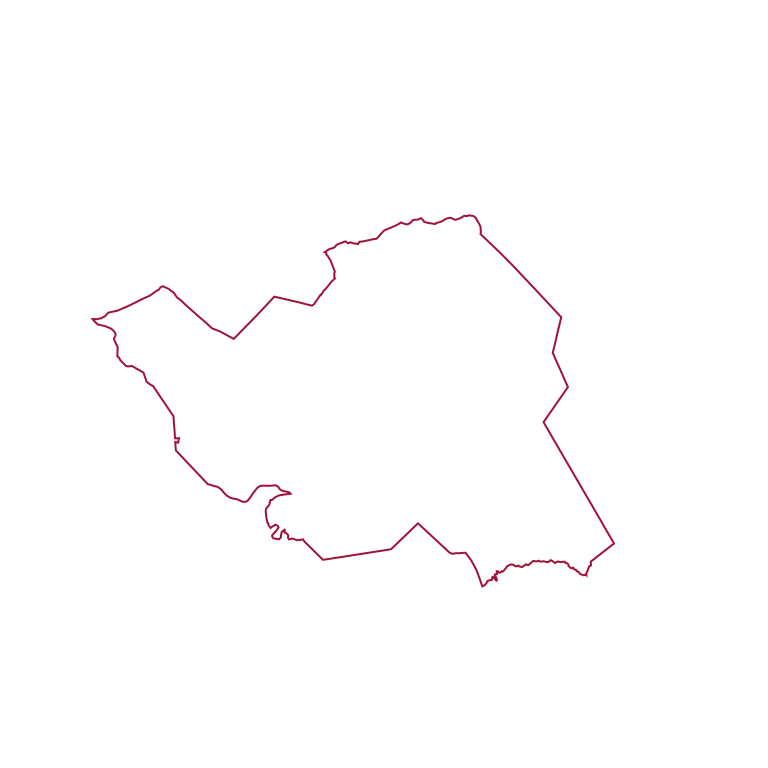 Aporo, Michoacán, Mexico, rotated 33°
{"feature_id": "50627088B9670136162302", "entity_name": "Aporo", "entity_type": "district", "adm_level": 2, "iso_a3": "MEX", "parent_name": "Mexico", "parent_adm1": "Michoacán", "projection": "mercator", "projection_center": [-100.39, 19.665], "detail": "fine", "context": "isolated", "style": "outline", "palette": "rose", "viewbox_px": 768, "rotation_deg": 33, "n_neighbors": 0, "source": "geoboundaries", "source_scale": "gbopen_adm2", "svg_char_len": 5853}
<svg xmlns="http://www.w3.org/2000/svg" viewBox="0 0 768 768"><g transform="rotate(33 384 384)"><path d="M576.7,500.2L577.5,498.8L577.6,498.6L578.3,496.5L578.3,496.1L578.4,494.9L577.9,493.6L578.5,492.2L579.4,491.2L580.0,490.7L580.7,490.1L581.0,489.5L581.2,489.2L580.8,488.3L580.3,487.6L580.1,487.4L580.2,486.6L580.4,486.4L580.6,486.3L580.8,486.3L581.9,486.7L583.3,487.1L584.7,487.6L585.3,487.7L585.4,487.1L585.1,486.5L585.0,486.3L583.8,485.4L583.3,485.1L583.2,485.1L581.8,484.4L581.0,483.9L580.6,483.4L581.0,483.0L581.6,482.6L581.9,482.4L582.3,481.9L582.2,481.4L582.2,481.2L581.7,480.7L580.9,480.2L580.6,479.9L580.5,479.7L580.8,479.3L581.8,479.1L582.8,479.4L583.1,479.3L583.7,479.3L584.1,478.9L584.3,478.8L584.4,478.1L584.7,477.1L585.3,477.1L585.5,476.9L585.7,476.7L585.8,476.0L586.3,474.4L586.4,473.4L586.7,469.5L588.6,466.3L590.3,465.4L590.8,465.2L592.4,465.3L593.3,465.3L594.8,464.6L594.9,464.4L595.4,463.1L597.5,463.2L597.9,463.0L598.8,462.6L599.8,461.8L599.9,461.7L601.1,458.3L601.3,457.8L603.2,457.7L603.4,457.6L603.7,457.3L605.4,451.7L605.5,451.1L606.7,450.5L607.0,450.5L607.1,450.4L607.6,450.2L608.0,450.1L608.8,449.4L609.6,448.4L609.8,448.2L610.1,447.9L610.8,447.9L612.0,447.8L612.2,447.6L612.8,447.2L613.4,446.6L613.6,446.3L614.4,445.8L614.7,445.7L615.3,445.5L616.1,445.3L616.9,444.9L617.4,444.7L618.3,444.2L618.9,443.5L619.3,442.6L619.4,442.0L619.4,441.8L619.5,441.2L619.8,441.0L619.9,440.9L621.4,440.8L622.2,440.8L623.6,440.9L624.8,441.0L626.0,438.7L626.2,438.4L626.6,438.2L627.4,437.8L627.5,437.8L629.1,437.2L629.5,436.9L630.8,435.8L631.9,434.9L632.2,434.6L632.3,434.6L632.6,434.7L632.8,434.9L633.3,435.2L634.2,435.0L635.1,434.6L635.9,434.6L636.2,434.7L636.7,434.9L637.8,435.8L637.9,436.1L641.2,436.7L641.5,436.4L642.7,434.9L643.9,435.8L644.9,435.6L646.4,435.3L647.6,436.1L648.1,436.0L649.1,435.6L652.3,436.5L655.1,435.8L655.4,435.8L656.0,435.2L656.6,434.6L656.8,433.9L657.0,433.9L657.8,434.1L657.0,432.9L656.9,432.5L655.4,425.2L656.4,423.3L654.1,420.5L663.2,394.1L663.8,392.5L646.2,383.6L642.4,381.6L627.1,373.9L623.6,372.1L593.3,356.8L556.5,338.2L555.3,337.6L538.6,329.1L539.9,286.4L537.8,285.0L532.5,281.6L530.9,280.5L530.4,280.2L530.1,280.0L524.0,276.0L508.6,266.0L507.2,262.2L506.9,261.1L502.9,250.1L500.0,242.2L499.8,241.4L496.2,231.4L494.8,231.1L474.7,226.1L446.5,219.1L445.4,218.9L430.0,215.1L410.4,210.8L383.3,205.7L382.4,203.6L381.2,202.1L379.1,199.4L376.3,197.7L372.2,195.7L371.3,195.0L369.3,194.5L368.1,194.4L366.7,194.7L365.9,195.2L364.9,195.6L363.8,195.9L362.6,197.3L361.9,198.2L361.1,198.5L359.7,199.2L357.6,203.5L354.5,207.5L349.5,208.3L347.9,209.6L346.2,211.4L343.5,216.7L341.6,219.0L340.1,220.6L339.9,221.9L337.2,223.1L332.5,225.2L329.3,226.1L327.7,225.4L324.8,224.7L323.0,227.5L319.0,230.6L318.9,232.2L318.1,235.0L316.8,237.4L315.6,237.9L314.3,238.4L312.2,238.9L310.3,239.2L310.2,239.4L309.4,241.3L307.7,244.5L304.3,249.6L300.6,255.0L300.2,256.5L299.6,260.2L298.8,266.0L294.9,269.6L293.6,271.0L287.8,276.7L286.0,278.0L286.0,280.7L284.0,281.5L282.0,282.7L278.7,283.4L277.2,285.6L274.3,285.3L274.1,285.3L273.7,285.7L272.2,287.7L268.8,292.5L268.4,293.5L268.1,296.3L267.8,296.8L266.3,298.9L265.3,299.8L264.8,300.3L262.5,305.6L263.1,305.4L263.7,305.3L264.2,305.4L264.9,306.8L266.8,307.2L272.1,309.6L278.1,314.0L281.7,316.7L281.9,317.8L282.2,318.7L282.8,319.2L283.7,320.7L284.1,321.6L285.4,322.2L284.1,327.4L283.8,331.5L283.1,337.0L282.6,338.5L282.7,342.3L282.6,343.7L282.2,343.7L281.8,355.5L281.1,356.9L280.8,357.6L280.4,357.7L279.9,357.9L272.2,360.5L265.6,362.8L244.4,370.5L243.8,374.2L243.7,374.8L239.8,396.4L233.4,428.0L224.6,428.7L217.6,429.3L214.3,430.0L209.5,431.0L202.6,429.8L200.3,429.4L192.3,428.4L187.7,427.7L173.3,425.5L168.9,424.5L163.2,424.1L158.0,422.0L151.5,421.5L145.2,422.5L143.9,424.7L143.8,427.4L142.2,430.4L139.5,437.4L135.5,443.6L130.1,452.8L127.0,457.9L120.5,467.7L114.0,474.2L113.1,479.1L111.1,482.8L107.7,486.1L104.2,488.3L105.0,488.6L111.4,490.0L112.2,489.7L118.5,487.4L119.0,487.3L124.0,486.3L125.1,486.3L127.1,486.4L129.4,487.0L130.5,487.5L131.8,488.5L132.6,490.3L132.6,492.0L133.0,493.5L140.7,498.3L145.4,506.2L147.5,506.2L149.9,507.7L151.9,508.1L157.7,509.4L159.9,508.6L162.2,506.6L162.6,506.2L173.2,505.6L176.2,505.5L177.3,506.4L177.8,506.8L181.4,509.6L183.7,511.4L184.1,511.4L186.7,511.7L189.3,511.7L190.1,511.6L191.5,511.5L202.8,516.3L206.8,518.0L216.3,522.0L221.0,524.0L225.1,525.7L225.2,526.0L238.4,543.4L240.0,542.3L241.6,541.1L243.3,545.3L241.8,545.8L240.5,546.3L245.0,552.3L245.7,553.1L257.7,556.0L290.9,564.0L293.4,563.1L295.9,562.4L298.0,561.8L300.3,560.9L302.2,560.9L304.9,561.1L307.8,562.0L310.2,562.7L312.7,563.2L314.1,563.2L316.6,563.2L319.5,562.4L323.1,560.9L325.1,560.4L328.2,560.1L330.4,559.4L332.2,558.0L333.2,556.3L333.6,552.6L333.7,545.7L334.3,540.2L335.3,537.6L337.1,535.6L340.6,533.5L343.9,531.4L346.4,529.5L348.4,527.9L349.9,527.8L351.4,527.9L353.3,528.8L354.8,529.2L355.9,529.1L357.1,528.7L358.3,528.5L361.3,527.2L363.6,526.5L365.4,526.9L362.0,529.8L359.9,531.6L356.5,534.8L354.6,537.9L353.2,542.2L351.9,543.1L353.6,548.0L353.0,552.5L354.0,555.1L358.5,560.6L359.6,561.6L362.0,563.9L362.6,563.8L364.3,565.4L367.3,566.5L367.5,565.5L369.0,562.6L369.1,561.9L369.5,561.1L372.3,560.9L373.8,561.8L373.4,567.3L373.2,567.3L372.8,570.5L372.6,571.7L372.8,572.2L373.3,572.8L375.0,573.6L375.5,573.6L378.1,572.5L380.5,571.4L381.1,568.9L379.9,566.8L378.8,563.6L380.0,560.4L380.8,561.2L380.8,562.0L381.3,562.5L381.6,562.7L382.7,562.4L384.7,562.5L385.8,563.0L386.5,563.7L387.1,565.3L389.1,566.0L389.9,565.1L390.5,564.3L391.9,563.3L395.6,562.5L396.9,561.9L398.4,560.6L399.1,559.9L399.9,559.2L400.7,558.4L403.2,559.5L428.6,564.7L476.3,522.0L479.9,518.7L488.4,482.4L497.5,483.9L508.8,485.9L530.6,489.7L533.8,489.2L536.4,486.8L537.8,485.8L539.1,485.2L539.7,484.7L540.2,484.1L544.2,481.1L553.4,484.5L562.3,489.3L570.8,495.6L576.7,500.2Z" fill="none" stroke="#9f1239" stroke-width="2"/></g></svg>